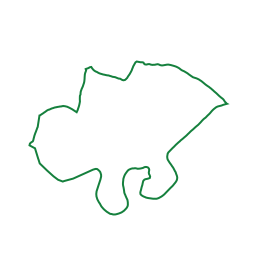 Al Abdiyah, Ma'rib, Yemen, rotated 44°
{"feature_id": "15242507B67185133145675", "entity_name": "Al Abdiyah", "entity_type": "district", "adm_level": 2, "iso_a3": "YEM", "parent_name": "Yemen", "parent_adm1": "Ma'rib", "projection": "natural_earth1", "projection_center": [45.391, 14.717], "detail": "fine", "context": "isolated", "style": "outline", "palette": "green", "viewbox_px": 256, "rotation_deg": 44, "n_neighbors": 0, "source": "geoboundaries", "source_scale": "gbopen_adm2", "svg_char_len": 5719}
<svg xmlns="http://www.w3.org/2000/svg" viewBox="0 0 256 256"><g transform="rotate(44 128 128)"><path d="M164.5,203.0L165.3,203.1L166.5,203.2L167.9,203.2L169.3,203.1L170.8,203.0L172.2,202.7L173.7,202.4L174.9,202.1L175.9,201.3L177.4,200.5L179.0,198.9L179.7,197.8L180.8,195.9L182.0,193.2L182.3,191.8L182.6,190.3L182.6,188.9L182.6,187.2L182.5,186.3L182.4,185.8L182.0,184.5L181.3,183.4L180.4,182.5L179.5,181.6L178.6,180.9L177.5,180.1L176.2,179.6L175.1,179.2L174.0,178.7L173.4,178.5L172.4,178.0L171.5,177.7L170.3,177.1L169.2,176.2L168.2,175.4L167.1,174.6L166.0,173.8L164.9,173.1L163.8,172.3L162.8,171.3L161.8,170.1L160.9,168.9L160.0,167.8L159.3,166.4L158.7,165.1L158.2,163.7L157.9,162.3L157.7,160.9L157.5,159.4L157.5,157.8L158.0,156.4L158.6,155.0L159.5,153.7L160.2,153.1L161.0,152.0L162.2,151.2L163.3,150.6L164.2,149.6L165.1,148.5L165.9,147.3L166.6,146.1L167.0,144.8L167.9,143.6L168.7,143.0L170.0,142.5L171.3,142.7L172.4,143.4L173.2,144.6L174.0,145.7L175.1,146.5L176.4,146.9L177.7,147.6L178.4,148.8L177.8,150.1L177.1,151.3L176.3,152.4L175.7,153.6L175.7,155.3L176.3,156.5L177.1,157.8L178.0,159.2L178.7,160.7L179.5,162.1L180.3,163.4L181.0,164.8L181.8,166.0L182.9,166.9L184.0,167.0L184.3,167.0L185.5,166.8L186.7,166.5L187.9,166.0L189.3,165.5L190.5,164.8L191.7,164.0L192.9,163.1L194.0,162.3L194.6,161.9L195.2,161.4L196.3,160.4L196.9,159.8L197.4,159.4L198.2,158.2L198.8,156.9L199.3,155.3L199.7,154.0L200.0,152.3L200.2,150.6L200.2,149.0L200.2,147.6L200.2,146.1L200.2,145.5L200.2,144.4L200.2,144.1L200.2,143.0L200.2,141.3L200.3,139.6L200.3,138.1L200.1,136.2L200.0,134.8L199.8,133.3L199.4,131.8L198.7,130.5L198.2,129.9L197.8,129.4L196.7,128.6L195.5,128.0L194.2,127.4L193.0,126.7L191.7,126.4L190.3,125.9L189.1,125.5L187.8,125.1L186.4,124.9L185.2,124.6L183.7,124.3L182.4,124.1L181.1,123.8L179.9,123.5L178.4,123.1L177.3,122.4L176.2,121.5L175.3,120.3L174.6,119.2L174.4,119.0L174.0,117.6L174.0,116.2L174.0,114.6L174.0,112.9L174.0,111.3L174.1,109.8L174.1,108.2L174.1,106.8L174.2,105.2L174.3,103.5L174.3,103.3L174.5,101.7L174.5,100.3L174.7,98.8L174.9,97.2L175.0,95.7L175.2,93.9L175.3,92.4L175.3,91.0L175.4,89.0L175.4,87.5L175.5,85.8L175.7,84.2L175.8,82.6L175.9,80.6L176.1,78.6L176.3,77.0L176.3,75.1L176.3,73.2L176.2,71.4L176.2,69.8L176.3,68.3L176.6,66.7L176.6,65.0L176.6,63.5L176.7,62.0L176.7,60.4L176.6,59.0L176.5,57.6L176.5,56.1L176.6,54.6L176.8,53.2L177.0,51.8L177.5,50.4L178.2,49.2L178.9,48.1L179.7,46.8L180.4,45.2L181.1,44.0L181.8,42.8L182.4,41.8L182.0,41.9L180.8,41.8L179.5,41.8L178.3,41.5L177.0,41.2L175.6,41.2L174.2,41.4L172.7,41.5L171.4,41.6L170.2,41.6L168.8,41.6L167.5,41.6L166.0,41.7L164.5,41.8L163.4,41.8L163.1,41.8L162.8,41.8L161.8,41.9L160.6,41.9L159.1,42.1L157.7,42.2L156.2,42.5L154.9,42.7L153.4,42.9L151.9,43.0L150.5,43.1L149.3,43.2L148.1,43.3L146.8,43.6L145.5,43.8L144.2,44.2L142.8,44.7L141.6,45.3L140.4,45.9L139.3,46.4L138.4,46.5L138.1,46.6L136.8,46.8L135.5,47.0L134.2,47.2L132.9,47.3L131.6,47.6L130.3,47.9L129.0,48.2L127.7,48.7L126.5,49.1L125.2,49.3L123.9,49.4L122.7,49.6L121.3,50.0L120.1,50.4L118.8,51.0L117.6,51.6L116.5,52.2L115.2,52.9L114.1,53.6L112.9,54.4L112.0,55.4L111.2,56.5L110.4,57.6L109.6,58.7L108.6,59.7L107.5,60.4L106.3,60.8L105.1,61.4L104.3,62.5L104.1,62.7L103.5,63.7L102.6,64.7L101.5,65.8L100.3,66.6L99.1,67.1L98.1,68.1L97.3,69.4L96.2,70.4L95.0,70.6L93.7,70.2L92.6,70.8L92.1,71.3L91.6,71.8L90.6,72.5L89.2,73.4L88.1,74.1L87.8,75.5L88.1,76.9L88.5,78.3L88.9,79.9L89.5,81.3L90.0,82.6L90.6,83.9L91.0,85.2L91.4,86.7L91.8,88.2L92.0,89.6L92.2,91.0L92.6,92.4L92.6,93.9L92.5,95.4L91.7,96.7L90.6,97.4L89.4,97.7L88.1,98.0L87.0,98.9L85.9,99.4L84.6,99.9L83.4,100.4L82.4,101.1L81.3,101.9L80.1,102.4L78.8,103.1L77.5,103.7L76.4,104.6L75.3,105.3L74.1,106.0L72.9,106.8L71.7,107.4L70.4,108.1L69.3,108.6L68.0,109.0L66.7,109.3L65.5,109.8L64.2,110.1L62.9,110.2L61.6,110.1L60.4,109.9L59.2,109.6L58.4,110.7L58.0,112.0L57.5,113.3L56.8,114.5L56.6,115.0L57.8,115.6L58.4,116.8L59.0,118.2L59.8,119.5L60.7,120.6L61.7,121.8L62.6,122.8L63.4,123.8L64.4,125.1L65.1,126.3L65.8,127.8L66.5,129.2L67.0,130.5L67.5,132.0L68.1,133.3L68.7,134.6L69.6,135.8L70.5,136.8L71.1,138.3L72.0,139.3L73.0,140.4L74.0,141.4L75.0,142.3L75.8,143.5L76.7,144.9L77.4,146.1L78.1,147.5L78.7,148.8L79.4,150.2L80.1,152.3L74.8,153.3L73.4,153.7L72.0,154.1L70.8,154.5L69.4,155.0L67.9,155.9L67.7,156.0L67.3,156.3L66.9,156.6L66.6,156.8L66.3,157.1L66.1,157.2L66.0,157.5L65.8,157.6L65.6,157.9L65.4,158.1L65.3,158.3L65.2,158.6L65.0,158.8L64.8,159.0L64.6,159.3L64.3,159.7L63.9,160.1L63.7,160.5L63.3,161.0L63.1,161.2L62.9,161.5L62.6,162.0L62.4,162.2L62.3,162.3L62.2,162.6L61.9,162.9L61.6,163.4L61.5,163.6L61.3,163.8L61.1,164.1L60.8,164.6L60.7,164.9L60.6,165.1L60.4,165.5L60.2,165.9L60.0,166.2L59.8,166.5L59.6,166.9L59.5,167.3L59.3,167.6L59.1,168.0L59.0,168.3L58.9,168.7L58.8,169.0L58.7,169.3L58.5,169.5L58.3,169.8L58.2,170.0L58.0,170.4L57.9,170.7L57.8,171.0L57.6,171.6L57.5,172.1L57.5,172.4L57.4,172.8L57.3,173.2L57.3,173.5L57.2,174.1L57.0,174.7L56.9,175.2L56.9,175.5L56.8,176.0L56.7,176.5L56.6,176.9L56.5,177.3L56.4,177.7L56.3,178.3L56.2,178.7L56.1,179.1L56.0,179.5L55.9,180.0L55.8,180.5L55.7,180.6L62.4,190.1L62.5,190.6L63.1,191.9L63.7,193.3L64.3,194.6L64.8,195.9L65.4,197.2L66.0,198.5L66.8,199.9L67.5,201.2L68.2,202.3L68.8,203.7L68.3,206.0L68.3,206.9L68.3,207.4L69.2,208.9L69.9,208.7L74.6,207.4L75.2,207.2L84.6,212.4L86.0,213.1L89.1,214.8L89.3,214.8L91.1,214.8L98.5,214.8L99.3,214.8L108.0,214.5L111.3,214.1L113.7,213.8L118.3,211.8L118.8,210.7L123.7,202.5L131.8,182.2L133.0,180.1L133.7,179.4L134.5,178.9L136.0,178.8L137.5,178.8L138.7,179.0L141.1,180.3L142.4,181.6L144.0,184.3L146.5,189.5L149.4,195.4L151.0,197.5L152.5,198.8L152.8,199.1L155.5,200.6L158.9,201.7L160.2,201.9L161.4,202.3L162.6,202.7L163.9,203.0L164.5,203.0Z" fill="none" stroke="#15803d" stroke-width="2"/></g></svg>